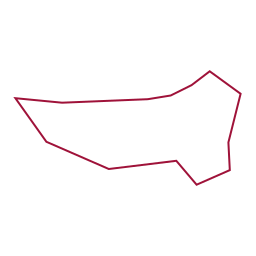 an SVG outline of Capital Territory (Honiara)
{"feature_id": "SLB-5130", "entity_name": "Capital Territory (Honiara)", "entity_type": "Province", "adm_level": 1, "iso_a3": "SLB", "parent_name": "Solomon Islands", "parent_adm1": "", "projection": "robinson", "projection_center": [159.999, -9.445], "detail": "fine", "context": "isolated", "style": "outline", "palette": "rose", "viewbox_px": 256, "rotation_deg": 0, "n_neighbors": 0, "source": "natural_earth", "source_scale": "10m", "svg_char_len": 284}
<svg xmlns="http://www.w3.org/2000/svg" viewBox="0 0 256 256"><path d="M15.4,98.2L62.1,102.7L147.8,99.2L170.7,95.5L191.6,85.1L209.7,71.3L240.6,93.8L228.4,142.4L229.8,170.1L196.6,184.7L176.3,160.8L108.8,169.0L46.4,141.8L15.4,98.2Z" fill="none" stroke="#9f1239" stroke-width="2"/></svg>